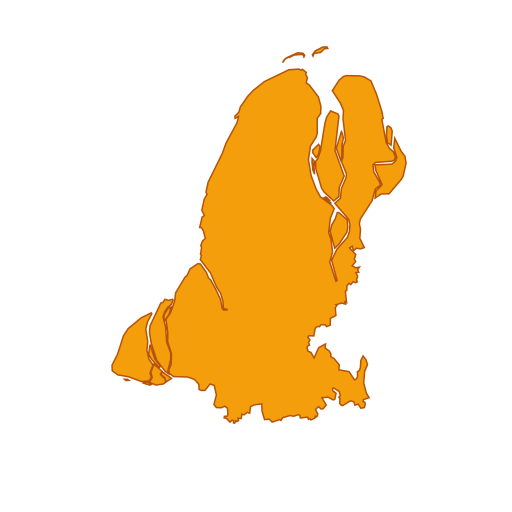 Pyapon, Ayeyarwady, Myanmar (orthographic projection), rotated 161°
{"feature_id": "60261553B36201163114452", "entity_name": "Pyapon", "entity_type": "district", "adm_level": 2, "iso_a3": "MMR", "parent_name": "Myanmar", "parent_adm1": "Ayeyarwady", "projection": "orthographic", "projection_center": [95.471, 16.16], "detail": "fine", "context": "isolated", "style": "filled", "palette": "amber", "viewbox_px": 512, "rotation_deg": 161, "n_neighbors": 0, "source": "geoboundaries", "source_scale": "gbopen_adm2", "svg_char_len": 6101}
<svg xmlns="http://www.w3.org/2000/svg" viewBox="0 0 512 512"><g transform="rotate(161 256 256)"><path d="M148.5,247.2L147.8,252.8L145.2,257.1L128.3,270.4L121.3,280.6L115.4,282.5L115.0,285.2L117.3,297.3L115.6,304.3L112.4,305.5L96.7,301.4L94.3,301.5L91.9,304.3L92.3,310.2L94.8,314.3L96.0,320.8L92.5,344.3L91.0,344.6L89.9,351.8L89.4,369.6L90.3,384.1L95.3,390.0L99.2,392.5L111.9,397.2L115.4,397.1L120.3,395.1L130.0,387.5L126.4,372.8L125.9,365.2L129.1,357.2L133.7,336.1L137.8,331.4L141.9,320.6L144.4,317.8L143.8,303.8L145.7,300.3L153.3,292.0L157.4,283.0L164.3,280.2L156.5,260.7L156.9,255.3L159.7,248.7L163.4,243.9L177.4,236.0L185.9,227.3L187.3,206.2L188.7,206.0L188.3,226.1L182.3,234.8L179.6,247.9L179.8,254.3L173.5,267.3L166.6,275.3L167.8,279.2L175.9,291.0L177.4,300.1L177.7,314.2L175.1,330.0L168.7,342.2L160.5,348.7L158.1,352.1L153.3,366.2L148.5,369.6L145.9,376.4L145.2,386.1L149.9,400.2L152.1,403.4L149.4,407.7L149.9,411.8L148.7,413.2L151.3,417.4L152.8,417.0L154.6,418.8L164.3,421.4L191.3,418.2L204.9,413.4L212.0,409.6L222.3,402.0L225.4,397.5L230.3,395.2L231.0,393.0L227.2,393.5L230.5,388.2L247.6,372.5L254.5,363.9L277.2,341.4L282.6,332.5L282.1,330.3L286.3,326.8L292.3,316.9L291.6,311.1L294.3,310.3L300.0,301.3L298.4,300.6L297.6,297.2L298.1,289.2L301.6,287.6L304.8,283.9L304.7,281.7L308.0,275.5L307.4,274.3L309.8,270.8L304.6,254.9L303.4,239.7L301.6,232.0L302.0,224.0L303.9,217.1L300.1,214.4L304.0,215.2L305.1,217.4L303.7,226.2L304.7,236.1L306.6,248.2L308.0,250.4L308.3,256.9L311.2,266.5L313.5,267.7L322.5,265.3L327.6,259.9L329.9,259.2L344.0,247.3L347.5,240.0L355.1,230.3L361.8,225.3L364.3,212.4L367.4,203.8L367.7,191.1L371.4,181.2L375.7,176.5L376.1,173.0L373.1,168.8L359.9,163.8L354.3,159.2L351.8,153.2L353.3,148.3L351.4,146.6L348.0,145.6L341.0,149.9L337.6,147.2L338.7,137.5L344.1,129.3L342.8,125.6L338.3,123.8L334.4,124.1L332.6,121.6L334.0,115.6L335.4,113.9L338.1,114.7L338.8,113.2L337.0,112.4L334.7,107.4L331.9,108.6L331.0,107.7L331.6,105.4L330.6,104.9L328.8,106.9L328.1,105.7L326.1,106.0L325.8,108.5L322.9,107.1L320.9,111.0L319.0,109.7L315.1,111.0L313.2,109.4L310.3,115.2L306.7,115.9L298.7,114.3L300.8,107.3L301.2,98.5L296.6,97.5L294.8,93.7L286.8,93.6L286.0,92.4L283.5,94.4L276.0,94.1L272.4,92.2L267.8,92.2L266.5,91.2L266.8,88.4L259.6,86.8L259.6,84.5L257.8,84.4L257.6,83.2L253.4,83.4L252.1,85.2L251.6,84.2L250.3,84.6L249.0,86.5L249.7,91.3L248.7,92.1L245.7,93.1L244.4,90.2L242.3,89.7L238.1,92.2L239.8,100.5L233.9,99.1L229.9,94.8L228.2,94.8L225.0,100.1L227.2,103.5L226.8,105.7L225.5,106.0L221.4,100.8L221.8,96.4L223.7,95.4L223.0,94.1L224.9,89.1L223.9,87.1L222.9,86.3L213.7,88.3L210.9,86.2L211.1,82.8L207.6,82.6L206.4,77.9L202.8,77.4L200.9,80.5L200.8,82.5L202.2,83.4L201.3,85.2L195.2,85.2L196.3,90.6L195.5,101.0L190.7,111.7L185.9,117.1L185.8,122.1L187.3,126.6L190.8,123.2L193.8,116.2L195.5,114.1L197.8,113.6L199.2,109.0L201.1,107.0L203.2,106.9L205.7,116.4L214.7,121.4L212.7,126.0L215.7,133.8L218.1,136.6L217.1,138.7L217.6,142.2L220.6,146.5L218.9,150.2L226.6,148.9L234.3,140.7L235.4,146.9L237.8,149.0L237.6,152.4L236.8,154.0L234.5,154.3L234.4,157.2L232.3,159.1L233.4,162.4L232.1,163.4L227.4,161.6L223.5,168.4L221.1,169.4L219.0,168.5L217.0,169.8L213.1,168.5L212.1,166.2L208.2,166.5L206.0,172.8L199.8,173.7L197.9,181.2L195.5,183.1L196.1,183.9L190.2,183.6L187.1,181.4L186.9,183.7L185.6,182.3L183.0,193.5L181.3,194.0L179.8,198.1L177.0,199.9L175.8,198.1L172.4,200.1L170.6,198.3L168.6,198.6L168.7,200.8L166.5,203.6L166.9,207.7L164.1,207.2L164.4,210.0L161.8,211.8L165.6,212.4L168.3,215.5L163.6,218.3L164.0,221.2L161.2,224.8L164.9,233.2L161.8,233.9L162.1,229.3L158.3,230.6L154.8,228.7L150.8,228.7L152.1,239.0L148.5,247.2ZM373.6,236.3L384.5,235.0L400.3,229.1L407.3,223.7L418.8,208.3L427.7,199.6L429.3,194.3L425.4,188.6L415.8,183.3L405.1,174.5L398.2,172.8L394.6,174.9L394.3,179.9L388.8,186.6L390.8,193.2L389.9,202.2L386.2,210.4L384.0,222.9L379.6,229.5L373.3,235.3L373.6,236.3ZM138.2,368.9L143.9,364.4L147.7,358.9L161.0,334.1L166.1,327.7L168.8,326.1L171.0,319.3L171.9,299.0L170.9,294.5L164.5,282.7L158.3,285.2L155.0,293.7L146.6,302.9L147.0,330.1L132.0,361.3L132.3,363.6L138.2,368.9ZM361.3,242.5L378.9,224.5L381.6,218.5L383.5,207.5L383.8,189.7L379.5,176.7L377.0,173.1L376.8,176.1L370.4,185.9L368.2,192.2L368.6,203.3L364.5,218.5L363.8,228.7L360.5,233.0L356.2,236.2L351.9,237.6L348.8,241.2L348.9,242.2L353.0,242.5L356.2,244.7L359.0,242.5L361.3,242.5ZM117.4,273.9L110.0,271.5L93.7,281.1L91.0,283.4L83.9,294.8L82.7,301.8L84.6,307.6L86.5,322.1L90.6,313.4L90.7,303.4L93.2,300.2L97.7,298.6L114.0,303.5L114.8,297.7L113.5,282.3L121.3,278.5L124.6,272.0L117.4,273.9ZM165.0,270.6L168.9,265.4L174.2,260.8L177.9,255.1L179.0,237.7L173.4,240.4L162.3,248.9L159.8,253.5L158.0,260.6L163.6,270.2L165.0,270.6ZM387.7,186.9L393.2,180.3L393.8,174.7L398.0,171.3L392.5,166.5L385.4,165.2L382.1,166.1L382.4,167.7L382.0,170.6L382.6,170.7L383.5,171.9L384.9,175.4L382.3,177.5L387.7,186.9ZM134.8,345.8L145.0,331.6L144.7,319.0L142.7,321.5L138.5,333.1L134.9,339.3L134.5,344.7L134.8,345.8ZM90.0,335.7L93.2,328.2L94.9,320.4L92.2,316.8L86.5,329.8L86.7,333.3L88.6,335.9L90.0,335.7ZM385.1,206.7L389.6,197.8L388.4,192.2L384.2,182.5L383.2,182.1L382.6,183.5L385.2,191.6L385.1,206.7ZM160.5,341.2L167.8,337.7L168.7,335.2L167.1,329.5L163.6,331.9L160.0,338.4L160.5,341.2ZM356.0,235.3L361.9,230.6L363.4,227.2L362.9,224.9L357.1,229.2L353.0,235.3L356.0,235.3ZM382.2,176.8L384.8,175.3L381.8,170.6L382.0,166.2L375.7,167.8L382.2,176.8ZM137.2,427.9L137.0,426.5L135.0,428.7L128.8,427.4L123.7,429.7L120.6,428.9L120.9,430.7L125.0,431.8L133.3,430.6L137.2,427.9ZM146.9,431.6L145.3,429.8L146.5,428.0L144.6,430.0L145.5,432.3L150.2,434.6L162.3,433.5L164.5,432.8L166.7,431.5L167.8,430.2L164.2,432.8L158.4,433.7L158.9,433.0L154.5,433.6L146.9,431.6ZM404.6,173.0L398.5,168.5L397.0,168.6L399.8,172.3L404.6,173.0ZM172.9,324.8L174.3,318.6L173.9,314.3L171.9,322.6L172.9,324.8ZM171.2,330.0L172.4,326.7L171.4,323.0L169.9,326.4L171.2,330.0ZM173.2,288.8L169.7,283.0L167.6,281.2L171.8,288.4L173.2,288.8ZM420.5,182.3L419.6,180.6L416.7,179.8L417.8,181.3L420.5,182.3ZM171.8,289.5L170.9,288.5L167.8,283.8L170.3,288.8L171.8,289.5Z" fill="#f59e0b" stroke="#b45309" stroke-width="1.5"/></g></svg>